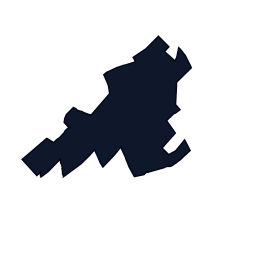 Quintana Roo, Yucatán, Mexico, rotated 39°
{"feature_id": "50627088B14192360660462", "entity_name": "Quintana Roo", "entity_type": "district", "adm_level": 2, "iso_a3": "MEX", "parent_name": "Mexico", "parent_adm1": "Yucatán", "projection": "natural_earth1", "projection_center": [-88.628, 20.839], "detail": "fine", "context": "isolated", "style": "filled", "palette": "ink", "viewbox_px": 256, "rotation_deg": 39, "n_neighbors": 0, "source": "geoboundaries", "source_scale": "gbopen_adm2", "svg_char_len": 3096}
<svg xmlns="http://www.w3.org/2000/svg" viewBox="0 0 256 256"><g transform="rotate(39 128 128)"><path d="M154.8,80.7L150.2,79.9L136.9,61.7L139.1,42.8L139.3,41.4L138.6,41.0L137.8,40.6L137.2,40.3L135.8,39.7L126.8,35.6L125.7,35.4L124.8,35.2L123.8,35.0L123.0,34.8L122.0,34.5L121.1,34.3L120.4,34.2L119.1,33.9L118.4,33.9L117.5,33.8L117.0,33.7L117.4,34.6L117.7,35.3L118.1,35.8L118.7,37.2L119.0,37.7L119.7,39.0L119.9,39.5L120.2,39.9L120.9,41.2L121.1,41.8L121.4,42.2L121.6,43.3L122.0,44.5L122.2,45.2L122.4,45.8L122.6,46.3L108.3,45.7L108.6,39.2L93.9,37.6L92.6,50.7L92.1,55.4L87.6,69.8L92.2,71.8L91.9,72.4L91.8,72.5L91.7,72.6L88.8,77.1L85.3,82.1L84.9,82.3L84.6,83.1L81.6,87.7L80.2,90.5L77.9,95.3L77.2,96.6L76.5,98.0L76.1,99.6L75.7,101.8L83.9,106.0L86.8,107.9L89.1,110.0L92.1,112.9L91.3,139.4L91.2,140.7L91.2,141.1L90.9,141.3L90.6,141.5L90.0,141.6L89.7,141.8L89.3,141.9L89.0,142.2L88.8,142.3L88.2,142.4L87.4,142.7L86.6,143.0L86.1,143.2L84.7,143.6L83.9,143.9L83.1,144.1L82.8,144.1L82.4,144.1L82.0,144.1L81.5,144.3L80.9,144.6L80.6,145.0L80.0,145.1L79.6,145.3L79.0,145.4L78.6,145.6L78.1,146.0L77.6,146.2L76.5,146.0L76.0,145.8L74.8,146.0L73.8,146.2L73.5,146.2L73.2,146.3L72.7,146.4L71.7,156.2L72.8,160.2L74.9,163.8L75.5,163.9L81.8,164.9L81.4,166.6L81.0,168.7L81.0,170.3L81.3,171.1L81.3,172.8L81.1,175.5L81.0,177.9L80.5,179.9L80.1,181.2L79.9,182.1L79.7,183.7L79.6,186.0L73.1,187.0L71.4,187.2L67.0,211.4L65.5,219.0L87.0,222.3L87.9,217.5L89.6,219.7L90.2,220.3L91.2,220.8L93.4,211.9L94.9,194.8L96.0,195.4L96.0,195.9L96.1,196.2L97.3,197.0L97.9,197.6L98.4,197.7L99.0,198.1L99.8,198.4L100.5,199.2L101.1,199.3L101.9,200.2L102.2,201.1L102.5,201.3L102.9,201.5L103.3,201.9L103.8,202.1L104.0,202.6L104.5,203.2L105.2,203.5L105.5,204.3L105.9,204.7L106.2,205.0L106.7,205.1L107.1,205.4L107.9,205.8L108.2,205.9L108.5,206.4L114.0,185.4L115.3,173.8L115.7,166.0L122.3,169.2L128.7,172.6L133.0,174.1L134.3,158.3L134.4,147.4L145.3,152.8L145.2,153.0L153.5,157.6L163.5,161.7L169.7,154.2L170.0,151.2L170.4,150.7L171.3,149.8L178.0,140.3L179.0,138.8L179.7,137.9L180.1,137.4L180.4,136.9L180.8,136.3L181.6,134.7L181.9,134.0L183.5,132.4L184.1,132.0L184.7,131.5L185.2,130.9L185.6,130.1L186.0,129.2L186.2,128.4L186.5,127.7L186.6,127.1L186.8,126.4L187.5,124.2L187.6,123.5L187.8,122.4L188.0,121.9L188.4,120.4L188.6,119.8L188.6,119.7L188.8,118.3L189.1,115.6L189.2,114.6L189.4,113.4L189.5,112.9L189.6,112.4L189.7,111.8L189.9,110.1L190.0,109.3L190.1,108.6L190.3,107.1L190.5,106.5L179.5,101.6L179.5,106.3L179.5,107.0L179.5,108.2L179.5,109.9L179.4,110.8L179.5,111.4L179.5,112.3L179.5,113.9L179.5,115.0L179.4,115.6L179.3,116.2L178.8,117.3L178.4,118.4L177.8,119.7L177.0,121.6L176.5,123.1L175.5,123.0L173.8,122.8L170.7,122.5L166.9,122.1L167.1,120.5L167.2,120.0L167.2,118.9L167.1,117.9L167.2,116.9L167.3,114.6L167.4,113.3L167.5,110.6L167.6,110.1L167.6,108.1L167.8,105.4L167.9,102.3L167.9,102.2L153.3,98.0L153.5,96.0L153.6,95.1L153.7,94.4L153.8,93.7L154.0,92.8L154.1,91.4L154.3,90.5L154.3,89.7L154.4,88.4L154.6,88.0L155.1,87.3L155.4,86.5L155.8,85.3L156.1,84.0L156.2,83.7L156.9,81.1L154.8,80.7Z" fill="#0f172a" stroke="#020617" stroke-width="1.5"/></g></svg>